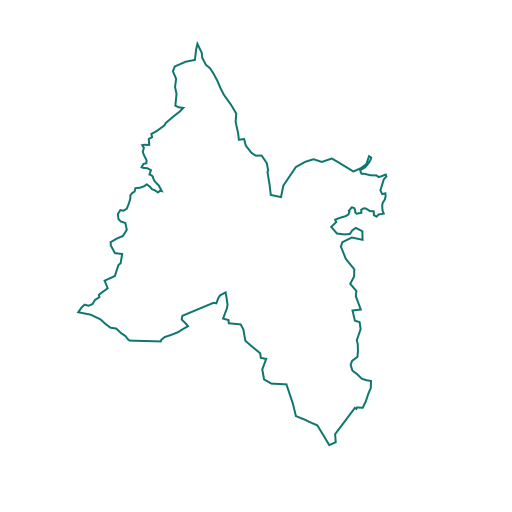 Goudi, Paphos, Cyprus (Mercator projection), rotated 214°
{"feature_id": "46923920B75616749522000", "entity_name": "Goudi", "entity_type": "district", "adm_level": 2, "iso_a3": "CYP", "parent_name": "Cyprus", "parent_adm1": "Paphos", "projection": "mercator", "projection_center": [32.446, 34.992], "detail": "fine", "context": "isolated", "style": "outline", "palette": "teal", "viewbox_px": 512, "rotation_deg": 214, "n_neighbors": 0, "source": "geoboundaries", "source_scale": "gbopen_adm2", "svg_char_len": 3355}
<svg xmlns="http://www.w3.org/2000/svg" viewBox="0 0 512 512"><g transform="rotate(214 256 256)"><path d="M287.2,131.9L287.6,133.6L286.4,137.7L282.1,143.3L278.0,149.3L276.2,153.5L273.1,159.8L276.8,160.8L282.1,161.8L283.6,165.2L265.1,193.4L262.4,194.6L263.7,199.9L263.8,203.2L260.9,208.8L256.3,204.1L252.3,199.6L250.8,196.2L248.3,185.7L242.9,187.5L241.0,185.0L230.5,190.7L225.6,188.2L217.5,179.8L210.6,178.9L198.2,177.7L195.0,174.2L190.0,176.4L187.4,165.5L180.3,158.2L171.9,158.8L159.0,166.6L143.1,154.4L139.1,150.8L133.4,145.6L123.5,147.7L119.4,148.2L110.4,149.9L89.5,140.2L85.8,146.2L90.8,152.6L89.9,168.9L89.1,185.4L87.3,185.4L87.5,187.0L82.7,189.8L83.6,196.4L84.7,200.5L86.1,205.7L87.0,210.7L90.8,216.7L94.6,214.9L99.6,213.4L105.6,214.5L112.0,214.9L116.7,218.7L117.7,222.8L115.5,229.1L118.2,234.0L122.5,240.0L125.3,242.4L128.4,253.9L133.1,259.1L137.9,257.7L145.5,264.8L139.2,270.2L150.7,278.4L151.5,279.8L153.2,283.1L162.3,285.6L163.2,293.8L167.0,299.9L179.9,303.8L190.9,311.3L192.1,315.8L186.9,324.9L176.7,329.0L181.7,336.0L188.9,335.1L190.5,331.2L190.5,326.7L194.8,323.3L201.5,319.9L209.9,322.2L208.5,329.0L210.7,330.4L207.5,334.9L204.0,339.1L202.6,342.2L203.4,345.2L204.3,345.4L203.8,349.9L201.6,350.6L200.0,349.9L198.0,347.7L196.2,347.3L194.2,349.4L192.8,350.7L194.6,353.1L193.5,355.6L191.8,356.7L189.4,356.9L186.7,356.9L183.4,358.9L181.1,355.8L178.1,356.0L177.6,358.9L173.8,362.6L176.7,364.6L179.3,368.0L180.7,370.7L180.8,374.9L181.9,377.9L183.8,380.3L185.9,377.9L189.6,380.0L191.2,385.4L192.9,390.9L192.4,394.8L194.0,396.1L196.7,392.1L198.5,390.0L201.1,390.2L206.3,386.9L212.0,384.8L214.6,383.2L216.4,384.3L217.7,385.5L216.2,388.2L215.1,390.7L214.8,393.0L214.6,397.6L215.0,400.5L215.6,402.0L218.1,402.0L215.9,393.9L218.0,387.8L222.5,380.5L225.6,380.4L238.2,379.8L240.5,379.7L247.7,379.2L254.0,370.8L262.4,368.4L267.8,361.7L272.7,352.1L272.7,346.1L272.7,329.6L268.2,318.8L277.9,314.9L284.8,322.9L293.6,332.2L293.8,333.8L299.0,339.0L307.4,342.4L312.5,339.0L317.7,339.0L326.1,341.8L331.3,346.3L335.2,342.8L339.5,347.8L347.9,355.8L352.0,363.0L361.0,367.3L372.6,371.6L379.3,375.3L385.6,379.4L392.9,383.3L398.9,385.9L404.5,386.5L411.4,390.2L414.6,394.1L423.2,399.1L421.1,393.7L416.3,384.4L423.0,377.7L429.3,367.7L428.2,362.7L421.3,358.2L417.6,350.8L412.5,345.9L406.9,335.5L403.2,336.1L399.1,338.1L400.0,333.1L402.8,324.5L405.2,315.7L404.9,313.3L406.8,307.9L408.2,304.0L411.0,298.7L408.6,296.3L410.3,293.1L406.7,288.4L411.1,285.5L412.3,284.2L409.4,283.0L408.2,279.1L405.2,276.9L400.3,274.2L398.8,271.6L400.8,269.3L400.5,265.6L398.7,266.0L395.3,268.0L391.1,268.4L389.9,264.0L387.7,264.4L386.1,264.2L384.6,262.9L381.8,261.3L376.1,260.1L370.4,257.1L372.0,256.5L372.8,253.9L376.8,253.9L379.5,253.2L382.7,254.1L386.6,254.3L387.9,251.0L390.4,247.7L393.9,244.8L392.7,241.6L393.9,238.7L394.1,236.0L392.3,233.3L390.8,228.7L389.6,222.8L391.3,219.3L394.1,218.2L394.0,213.6L390.7,209.7L387.3,209.0L382.8,210.3L377.8,205.5L377.6,201.6L377.6,198.1L381.1,192.7L384.3,186.1L382.1,183.4L374.5,179.5L368.1,182.8L364.2,174.4L365.0,171.5L363.6,166.7L361.8,160.5L367.7,150.9L360.9,146.3L364.6,136.1L362.8,134.2L364.9,129.7L364.7,124.7L367.0,121.1L370.9,119.8L371.8,116.0L371.9,110.0L360.0,115.0L356.6,115.4L349.6,116.5L342.7,115.5L336.5,115.2L331.3,117.7L324.7,116.6L319.3,116.6L315.2,115.2L313.3,115.3L287.2,131.9Z" fill="none" stroke="#0f766e" stroke-width="2"/></g></svg>